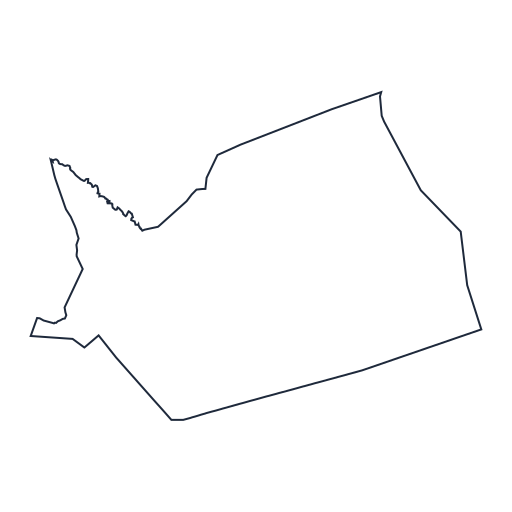 San Miguel Achiutla, Oaxaca, Mexico
{"feature_id": "50627088B14664801571450", "entity_name": "San Miguel Achiutla", "entity_type": "district", "adm_level": 2, "iso_a3": "MEX", "parent_name": "Mexico", "parent_adm1": "Oaxaca", "projection": "robinson", "projection_center": [-97.508, 17.31], "detail": "fine", "context": "isolated", "style": "outline", "palette": "slate", "viewbox_px": 512, "rotation_deg": 0, "n_neighbors": 0, "source": "geoboundaries", "source_scale": "gbopen_adm2", "svg_char_len": 2766}
<svg xmlns="http://www.w3.org/2000/svg" viewBox="0 0 512 512"><path d="M460.7,231.6L420.8,190.3L384.1,121.6L381.7,115.8L380.0,96.4L381.2,92.1L331.8,109.2L240.4,144.7L217.5,155.0L206.6,177.8L205.4,188.9L202.2,189.0L196.5,189.6L191.7,194.5L186.6,201.2L160.5,224.6L158.0,226.8L144.5,229.7L142.3,230.7L140.9,228.6L140.6,228.8L139.5,227.4L139.6,226.9L138.9,225.9L138.6,225.4L138.4,224.2L138.0,224.9L135.5,224.7L134.8,221.9L134.6,221.4L134.2,221.4L131.2,220.1L131.4,218.6L132.1,217.7L132.9,217.3L132.0,214.4L131.8,213.7L131.3,213.6L129.6,211.8L128.6,211.3L127.3,213.6L126.6,215.3L125.7,216.2L125.2,215.9L123.2,214.1L123.3,213.7L122.6,212.3L121.5,210.8L120.8,210.3L119.2,208.5L117.6,207.4L116.8,209.5L115.9,209.8L115.6,209.7L115.2,209.7L112.7,207.6L112.5,206.5L112.2,204.9L112.4,204.2L111.8,203.5L111.4,203.4L107.6,203.3L107.2,201.7L109.5,201.9L109.5,201.0L108.6,201.1L107.5,199.5L106.5,199.2L106.2,198.6L105.3,198.5L104.9,197.7L104.1,196.9L102.6,196.4L100.9,196.1L100.0,196.2L99.3,196.4L99.5,193.7L98.2,193.5L97.5,193.3L97.7,192.4L98.3,191.6L97.9,188.5L97.6,187.5L97.0,186.0L95.4,185.3L93.1,187.0L92.3,186.8L92.0,185.6L91.8,184.6L90.8,183.7L90.4,183.2L90.0,183.4L88.8,182.7L87.9,182.8L88.2,180.1L88.2,179.0L86.2,179.1L84.5,180.9L83.7,180.9L82.3,180.1L80.5,179.2L79.4,178.1L78.3,177.3L75.7,175.1L73.3,172.0L70.6,170.0L70.0,168.8L70.3,168.0L69.5,165.9L67.4,165.3L65.9,165.8L65.1,165.9L64.5,165.7L63.8,165.4L63.1,164.9L62.2,164.2L61.0,164.2L59.8,163.9L59.3,163.6L58.8,163.1L58.6,162.0L58.1,161.0L57.5,160.4L56.8,159.7L56.1,159.4L55.4,159.4L54.7,159.7L54.3,159.8L53.4,160.1L52.8,160.2L52.4,160.0L52.7,161.5L50.7,159.8L53.2,170.4L54.3,175.1L55.3,178.6L57.0,183.6L63.3,201.7L64.9,206.4L66.0,209.4L70.8,216.9L74.9,226.2L76.4,230.2L76.8,232.8L78.6,238.5L76.4,244.9L77.1,250.4L76.6,254.6L76.7,256.3L82.7,269.0L64.6,307.4L65.4,312.3L66.3,315.2L64.9,318.5L62.7,318.9L60.3,320.3L57.8,321.3L56.6,322.4L56.1,322.9L54.8,322.7L54.0,323.4L52.8,323.0L43.6,320.5L39.7,318.3L37.1,318.0L30.7,336.0L72.6,338.9L84.2,347.4L84.4,347.5L98.6,335.4L116.1,357.5L154.8,401.2L162.6,409.9L167.8,415.8L171.4,419.9L183.1,419.9L190.5,417.9L192.2,417.3L194.5,416.7L198.2,415.6L201.3,414.6L201.8,414.5L202.0,414.4L203.1,414.1L204.2,413.8L205.3,413.5L206.0,413.2L211.8,411.6L215.7,410.6L221.3,409.0L222.9,408.5L224.1,408.2L239.8,403.8L242.5,403.1L245.0,402.4L247.1,401.8L249.5,401.1L252.1,400.4L254.4,399.8L261.9,397.7L266.9,396.3L269.0,395.8L269.7,395.6L271.9,395.0L276.0,393.9L279.4,392.9L280.7,392.6L282.4,392.1L282.6,392.1L296.2,388.4L300.4,387.2L303.6,386.3L304.2,386.2L307.1,385.4L307.3,385.3L307.5,385.3L308.8,384.9L310.1,384.6L312.9,383.8L313.9,383.5L314.6,383.3L316.5,382.8L317.4,382.6L318.1,382.4L362.0,370.4L481.3,329.4L467.2,285.2L460.7,231.6Z" fill="none" stroke="#1e293b" stroke-width="2"/></svg>